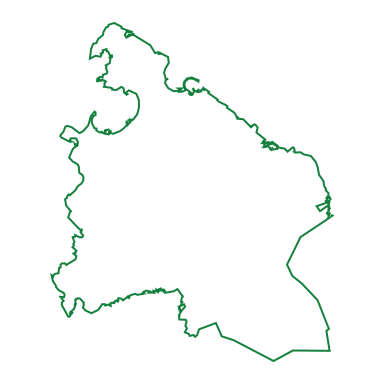 outline of Randaberg nor, Rogaland, Norway
{"feature_id": "86288312B80966124868443", "entity_name": "Randaberg nor", "entity_type": "district", "adm_level": 2, "iso_a3": "NOR", "parent_name": "Norway", "parent_adm1": "Rogaland", "projection": "albers", "projection_center": [5.609, 59.004], "detail": "fine", "context": "isolated", "style": "outline", "palette": "green", "viewbox_px": 384, "rotation_deg": 0, "n_neighbors": 0, "source": "geoboundaries", "source_scale": "gbopen_adm2", "svg_char_len": 5856}
<svg xmlns="http://www.w3.org/2000/svg" viewBox="0 0 384 384"><path d="M329.1,218.0L328.2,217.5L330.1,212.5L328.2,214.9L326.9,213.2L329.0,210.3L328.4,209.4L329.6,208.4L328.6,207.6L329.3,206.9L328.6,205.9L329.5,201.2L329.0,200.9L328.1,205.4L320.0,211.1L316.6,206.2L326.9,202.6L327.1,201.4L325.0,201.0L326.9,200.5L327.3,197.8L329.2,197.8L330.9,200.0L329.5,196.8L327.0,197.3L328.3,195.7L328.5,193.2L325.7,190.2L326.1,189.2L324.2,185.9L323.4,181.0L319.1,174.9L317.5,166.6L315.6,161.8L310.8,155.9L304.0,154.5L300.5,152.3L294.9,152.5L293.9,151.7L294.7,150.5L294.1,148.2L292.8,147.3L287.5,151.7L284.8,148.7L278.3,147.4L277.7,145.7L273.6,143.1L273.1,143.8L276.9,146.2L277.4,148.9L272.5,149.6L272.3,148.6L271.3,150.0L270.1,149.2L270.7,148.2L268.0,146.4L268.4,144.7L271.8,143.8L272.3,142.1L268.0,143.3L267.5,146.4L264.9,147.0L265.4,146.2L264.2,146.4L265.1,145.6L263.7,146.2L264.9,145.3L264.1,145.6L263.7,145.5L264.5,145.3L263.9,143.9L267.2,143.4L267.8,142.2L262.2,143.0L263.5,141.0L264.8,141.8L264.2,140.8L265.3,139.6L256.4,132.5L257.7,127.7L255.4,124.6L254.1,124.4L250.4,127.8L251.2,125.9L250.1,126.3L243.2,119.2L237.3,118.7L236.8,117.5L238.7,118.0L236.9,116.9L234.2,112.6L226.9,107.7L227.4,106.2L226.5,105.4L218.8,101.7L217.3,100.3L217.7,99.6L208.3,93.0L209.1,91.9L203.5,88.0L203.7,89.8L202.3,89.2L200.7,90.7L201.1,91.3L198.2,92.2L196.7,91.7L199.3,89.0L196.5,91.3L194.9,91.0L192.8,88.0L194.0,91.5L192.8,94.0L191.3,93.7L192.4,92.8L190.9,93.6L191.5,95.0L190.4,95.0L188.9,93.4L190.0,91.9L185.6,88.7L184.3,85.0L185.1,81.5L188.7,78.5L193.4,78.8L198.4,81.6L198.6,80.3L191.6,77.5L187.0,78.5L184.3,81.5L183.6,84.3L184.0,87.3L185.8,90.1L181.9,91.8L180.7,91.7L180.5,89.7L181.8,88.4L178.3,88.5L180.2,89.8L180.3,91.7L178.7,92.0L178.4,90.8L173.7,91.2L168.3,88.2L165.1,83.2L165.7,80.1L168.2,78.7L165.9,79.3L164.1,73.0L165.1,69.2L168.8,62.7L168.0,57.0L160.1,52.9L160.0,53.9L158.5,54.0L158.0,52.2L155.0,53.1L150.4,45.3L133.8,35.1L133.3,33.0L133.2,35.1L129.7,34.9L130.1,35.5L129.3,35.9L128.6,35.0L128.0,35.7L128.9,36.3L126.5,37.6L124.8,35.0L126.7,31.6L131.5,32.8L131.9,31.9L121.5,28.3L121.8,27.2L121.2,26.5L114.1,23.0L108.6,24.8L108.1,26.7L106.0,27.5L103.4,32.1L103.0,35.0L98.2,38.9L96.3,43.1L93.2,43.8L91.1,49.1L89.9,58.7L95.5,55.8L100.5,56.7L101.5,54.6L100.7,53.6L103.1,52.6L102.6,50.4L106.5,49.1L106.6,51.2L107.9,51.3L109.9,55.3L111.9,55.4L112.0,56.9L110.0,56.7L109.5,57.7L110.6,58.3L109.7,63.2L105.8,65.3L106.5,66.3L106.0,68.4L107.4,71.7L106.6,73.8L102.9,74.7L102.7,77.2L100.1,76.8L97.3,78.7L97.1,81.2L98.6,81.2L99.1,78.8L100.9,80.9L102.4,79.5L103.9,80.9L105.3,80.3L104.6,80.7L105.9,81.5L104.3,83.9L104.8,85.2L103.9,86.8L110.5,87.7L112.3,88.5L112.2,89.6L116.3,90.0L121.4,86.9L123.7,88.4L124.0,92.2L126.5,94.7L128.4,93.9L126.4,94.1L126.0,92.5L128.9,90.4L136.3,93.8L138.6,99.2L138.9,102.0L138.9,107.8L137.9,111.9L136.8,114.9L133.2,119.5L130.6,121.2L130.1,120.5L130.1,121.6L129.2,120.6L129.8,119.9L128.8,120.1L129.8,122.0L127.8,124.8L126.6,120.6L126.5,123.7L127.2,124.8L124.1,128.0L120.1,131.1L113.1,133.8L110.7,132.9L108.8,134.3L111.1,130.5L109.1,131.7L108.4,134.4L104.7,133.6L106.2,130.3L109.5,129.3L105.0,130.3L104.3,133.5L101.9,132.4L101.7,130.9L101.3,132.5L99.1,132.2L96.3,130.4L96.5,128.6L94.3,128.1L91.9,123.1L91.7,119.9L93.2,116.2L95.6,115.0L95.5,112.3L94.4,111.7L90.9,116.1L88.2,125.5L83.0,131.3L79.5,133.1L71.6,127.2L67.3,125.9L65.4,126.6L63.4,131.8L60.5,135.2L60.2,136.0L61.2,137.4L69.9,141.8L71.5,141.6L69.8,140.5L70.6,138.4L75.4,138.3L76.5,138.7L78.0,142.4L77.5,143.9L76.2,144.1L77.6,145.4L77.1,145.9L74.7,143.8L75.4,146.7L72.8,149.0L69.1,157.6L72.7,161.5L77.5,164.2L78.8,166.7L79.3,172.9L82.6,175.1L83.5,177.7L83.2,180.7L81.3,183.6L77.7,186.3L75.3,190.4L69.9,195.2L68.8,194.4L67.1,196.3L67.2,197.6L65.1,199.2L66.1,205.5L70.9,211.3L70.0,211.8L68.2,217.4L78.0,227.8L80.6,230.0L81.6,229.5L81.9,230.4L80.5,232.0L83.2,235.7L82.1,237.3L79.6,237.3L75.1,235.1L75.2,236.6L72.7,237.1L74.4,242.0L73.3,244.1L74.0,245.4L72.5,247.1L76.4,250.8L75.4,252.0L75.7,252.8L73.5,253.6L76.4,256.2L75.4,259.4L66.2,265.0L64.9,263.3L61.8,263.5L60.5,264.7L60.6,267.4L59.1,267.9L58.5,273.2L55.0,273.9L53.6,274.9L53.2,276.5L51.6,275.3L53.0,281.3L55.8,285.4L56.0,287.0L58.8,290.2L63.9,293.1L64.6,294.9L64.0,297.2L60.5,296.9L63.6,300.8L61.8,302.5L61.9,305.2L68.2,316.6L69.5,316.7L70.4,315.3L70.0,313.8L71.4,314.0L72.3,312.7L70.6,311.9L74.0,309.0L75.8,304.2L74.9,304.3L75.5,302.8L75.2,300.0L76.1,298.9L77.2,299.8L76.7,298.9L77.9,298.3L79.9,298.5L83.9,302.8L83.4,303.9L83.9,304.9L82.9,307.6L85.2,310.3L91.4,313.2L98.3,309.9L102.2,304.2L104.8,304.2L105.3,306.1L105.7,304.0L105.8,305.4L108.5,304.5L110.5,306.1L109.0,304.0L110.7,305.4L110.5,303.5L111.4,302.8L113.9,303.2L114.6,302.7L113.9,302.1L116.3,300.4L117.9,301.6L118.4,300.8L118.1,298.5L118.9,298.2L121.5,298.7L122.9,300.4L126.8,297.4L130.0,298.3L127.3,296.9L128.1,296.1L129.4,296.7L130.1,295.4L135.1,293.8L137.3,294.8L144.0,293.8L142.3,293.2L143.5,292.0L143.6,292.8L144.3,293.1L143.9,292.0L146.5,290.6L149.9,291.5L148.6,292.6L150.2,292.7L150.6,291.4L150.6,292.4L153.5,292.7L152.9,292.1L153.3,291.2L154.4,292.7L153.9,291.4L155.4,292.2L154.6,291.0L155.8,290.4L157.1,291.5L156.7,290.0L159.3,292.1L157.3,290.0L160.8,288.5L161.1,289.8L159.0,290.4L163.7,289.5L164.4,290.5L163.5,290.9L164.8,291.1L164.1,292.1L165.2,292.8L174.0,291.2L177.4,289.1L182.9,296.5L181.8,297.7L181.0,301.6L182.3,302.0L180.4,306.0L184.0,304.3L185.1,306.7L181.3,311.0L180.2,310.1L179.3,306.4L178.6,306.6L179.6,310.7L181.1,311.7L179.2,314.5L179.6,315.8L178.9,316.3L179.4,319.5L185.8,319.8L186.6,321.7L185.4,325.6L186.9,328.4L184.8,332.3L188.9,334.0L189.6,335.9L193.5,335.0L195.1,336.9L197.1,335.1L199.1,329.3L215.9,323.0L221.7,336.3L233.7,340.2L273.5,361.0L292.9,350.5L329.6,350.8L326.4,330.9L328.9,328.9L317.6,300.2L301.8,283.5L292.4,276.0L287.0,264.6L300.5,237.1L329.1,218.0ZM332.4,215.7L331.7,215.4L331.3,216.4L332.4,215.7Z" fill="none" stroke="#15803d" stroke-width="2"/></svg>